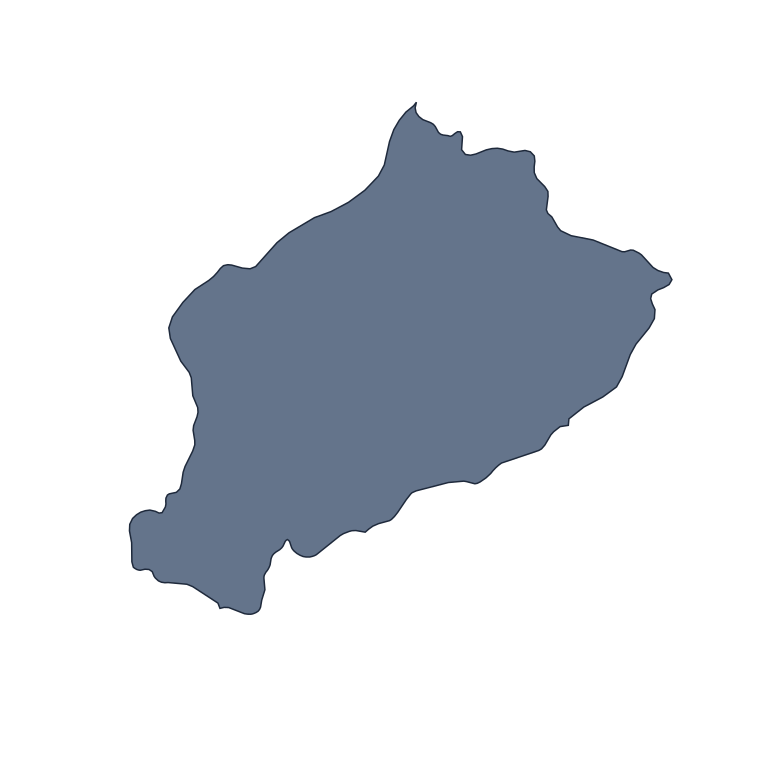 Surkhandarya, Albers equal-area conic projection, rotated 204°
{"feature_id": "UZB-362", "entity_name": "Surkhandarya", "entity_type": "Region", "adm_level": 1, "iso_a3": "UZB", "parent_name": "Uzbekistan", "parent_adm1": "", "projection": "albers", "projection_center": [67.527, 38.094], "detail": "fine", "context": "isolated", "style": "filled", "palette": "slate", "viewbox_px": 768, "rotation_deg": 204, "n_neighbors": 0, "source": "natural_earth", "source_scale": "10m", "svg_char_len": 3111}
<svg xmlns="http://www.w3.org/2000/svg" viewBox="0 0 768 768"><g transform="rotate(204 384 384)"><path d="M442.6,112.3L446.6,116.3L476.4,121.1L482.6,120.9L500.2,114.9L500.3,114.9L503.4,113.3L506.7,112.4L510.0,112.4L513.9,113.7L515.8,114.8L519.4,118.3L523.2,119.0L527.0,117.6L530.9,114.7L532.7,114.2L534.6,114.0L536.5,114.2L538.3,114.6L538.5,114.7L542.0,119.0L550.0,136.4L554.4,142.8L556.8,146.3L559.2,152.4L559.0,158.9L556.9,163.9L554.1,168.0L550.5,171.2L546.6,173.6L541.1,174.7L537.0,174.6L534.4,176.2L533.7,182.7L534.4,185.7L535.8,188.4L536.8,191.1L536.7,194.5L535.5,196.3L529.6,200.6L527.8,205.1L528.5,210.5L531.6,221.7L532.2,227.7L531.5,244.9L532.1,251.5L533.9,255.4L539.6,264.1L541.0,268.6L541.5,278.1L542.4,282.5L544.6,286.7L553.9,295.5L562.6,311.3L566.7,315.4L578.9,322.2L597.7,338.7L603.4,347.7L604.6,359.3L600.9,376.8L595.2,393.4L586.1,407.5L583.3,413.2L583.3,413.3L581.6,418.4L580.5,423.0L578.8,426.8L576.3,428.7L575.1,429.5L571.5,430.7L560.5,432.3L553.2,434.8L549.0,439.1L539.2,469.7L532.3,483.5L515.2,507.7L502.5,520.0L490.3,535.6L480.3,553.2L473.7,571.6L472.8,584.2L477.6,607.8L478.5,620.4L477.3,631.1L474.6,641.3L470.1,650.2L469.0,654.6L467.9,649.0L465.1,645.0L460.9,642.5L456.0,641.3L447.5,641.7L444.5,641.3L441.8,640.0L436.6,636.0L433.9,635.2L431.2,635.5L426.7,636.9L424.2,637.2L422.7,638.6L421.2,641.6L419.4,644.4L416.8,645.4L412.9,641.9L408.4,629.6L403.0,626.8L398.0,628.2L393.6,631.5L385.8,639.5L381.1,643.0L376.3,645.5L371.1,646.9L365.4,647.4L359.3,648.8L350.2,654.7L344.8,655.7L339.5,653.5L336.8,648.9L335.1,643.4L332.7,638.2L327.9,633.8L317.4,629.7L312.6,626.6L310.4,622.1L306.5,609.1L303.6,606.4L298.6,604.9L289.2,598.0L284.9,595.9L273.4,595.6L251.5,600.6L220.4,601.7L217.9,602.7L213.2,606.7L210.7,607.6L204.2,607.3L201.3,606.7L185.7,599.9L180.0,599.1L173.9,599.6L169.3,601.0L163.4,596.4L164.0,590.9L167.7,585.8L172.1,581.3L176.0,575.1L175.1,570.4L171.4,566.3L166.7,562.2L163.6,553.7L164.6,543.0L170.0,522.9L171.0,511.0L169.4,487.6L170.4,475.9L178.8,461.2L192.1,444.2L200.9,427.4L198.8,421.2L205.8,416.7L209.6,409.4L210.9,405.4L212.2,393.7L213.7,388.8L215.6,386.2L244.5,359.6L246.3,356.4L247.9,352.8L249.2,349.1L250.1,345.7L252.6,339.8L256.3,333.7L258.4,331.2L260.4,329.8L268.9,328.4L271.6,327.7L285.1,320.2L311.1,299.5L314.1,296.2L314.8,294.6L316.6,287.5L319.3,272.2L320.6,267.1L322.1,263.3L323.4,261.4L332.2,254.2L336.4,249.6L338.9,245.3L340.9,241.0L350.1,238.7L353.7,236.9L355.9,235.1L360.1,230.9L362.4,227.7L376.4,200.5L377.7,198.9L379.2,197.5L381.4,195.8L384.7,194.3L387.7,193.5L391.1,193.4L394.7,193.8L398.2,194.8L399.7,195.5L400.9,196.2L401.9,197.0L406.1,201.6L407.4,202.3L409.0,202.6L409.8,201.5L410.2,200.1L410.3,194.9L410.8,192.7L411.9,190.2L414.4,186.5L415.6,184.1L416.2,181.9L416.2,180.2L416.1,178.5L415.3,175.5L414.9,174.0L414.5,172.5L414.4,171.0L414.4,169.4L414.5,167.8L414.8,166.0L415.3,164.3L415.5,162.4L415.6,160.7L415.3,159.2L414.8,157.9L409.1,147.6L407.8,136.9L406.0,129.9L406.0,127.4L406.6,125.2L408.0,123.1L409.7,121.3L411.1,120.1L412.5,119.3L415.2,118.2L418.1,117.4L435.0,116.6L439.2,114.9L442.6,112.3Z" fill="#64748b" stroke="#1e293b" stroke-width="1.5"/></g></svg>